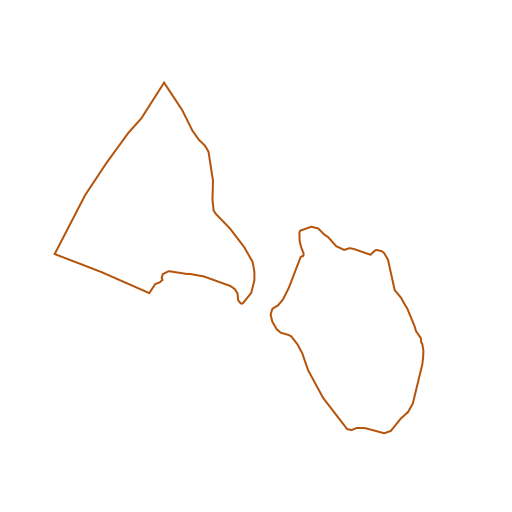 outline of Ifira, Vanuatu, rotated 107°
{"feature_id": "77236927B32680405740537", "entity_name": "Ifira", "entity_type": "district", "adm_level": 2, "iso_a3": "VUT", "parent_name": "Vanuatu", "parent_adm1": "", "projection": "orthographic", "projection_center": [168.294, -17.753], "detail": "fine", "context": "isolated", "style": "outline", "palette": "amber", "viewbox_px": 512, "rotation_deg": 107, "n_neighbors": 0, "source": "geoboundaries", "source_scale": "gbopen_adm2", "svg_char_len": 1435}
<svg xmlns="http://www.w3.org/2000/svg" viewBox="0 0 512 512"><g transform="rotate(107 256 256)"><path d="M322.7,347.2L312.3,344.2L309.5,340.5L306.2,338.4L304.3,339.9L300.5,339.8L296.0,334.9L293.4,317.0L292.5,314.1L290.8,299.8L292.2,271.5L293.9,266.6L297.0,262.9L303.5,260.1L305.7,257.0L305.8,255.7L304.8,254.6L292.7,249.8L279.9,250.4L271.6,252.9L262.8,257.4L251.2,269.6L237.4,288.8L227.7,306.4L225.1,309.7L215.2,314.0L196.7,319.1L170.2,331.9L165.3,337.2L161.8,344.3L154.6,353.6L138.1,369.2L117.1,394.6L125.1,396.8L157.9,405.9L175.6,414.1L211.0,426.3L247.8,437.2L313.0,449.1L316.6,398.7L322.7,347.2ZM290.4,217.8L296.7,220.5L301.7,224.9L307.8,224.9L313.9,221.3L319.9,214.9L322.1,210.0L322.0,201.9L322.5,198.9L328.3,190.6L335.1,183.7L335.5,183.3L349.9,172.9L372.2,150.2L394.9,118.2L394.5,113.7L391.0,109.4L390.3,107.0L388.7,101.2L388.0,81.5L383.8,75.9L369.1,70.0L362.3,65.9L361.6,65.7L361.6,65.2L351.3,62.9L310.9,65.3L303.8,66.6L297.4,68.3L291.3,71.4L290.3,72.8L286.4,74.3L281.0,81.1L277.1,83.6L262.1,95.9L255.9,102.8L253.8,104.7L251.0,108.9L248.1,113.4L220.8,128.8L215.6,134.6L214.7,136.9L214.9,142.2L215.7,143.6L221.3,146.9L220.7,164.2L221.1,168.7L224.4,173.5L223.2,182.1L216.9,192.5L215.4,197.3L211.5,204.5L211.8,211.6L218.9,221.2L221.2,221.3L229.3,218.5L235.5,214.6L239.5,211.3L241.5,210.8L242.5,211.1L242.7,211.9L244.0,213.0L256.7,213.9L276.8,215.3L289.6,217.5L290.4,217.8Z" fill="none" stroke="#b45309" stroke-width="2"/></g></svg>